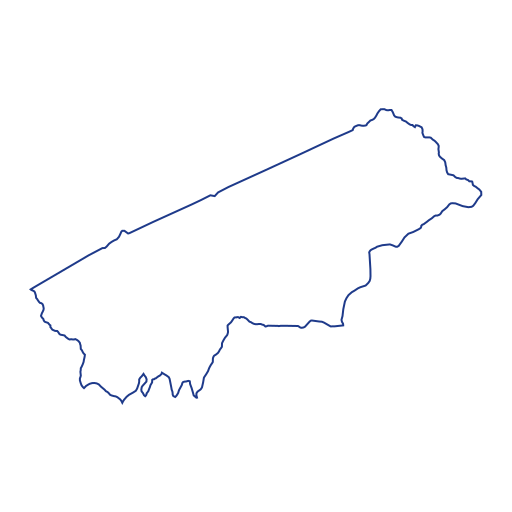 outline of Banissa, North-Eastern, Kenya
{"feature_id": "3690345B63925745903052", "entity_name": "Banissa", "entity_type": "district", "adm_level": 2, "iso_a3": "KEN", "parent_name": "Kenya", "parent_adm1": "North-Eastern", "projection": "robinson", "projection_center": [40.459, 3.998], "detail": "fine", "context": "isolated", "style": "outline", "palette": "blue", "viewbox_px": 512, "rotation_deg": 0, "n_neighbors": 0, "source": "geoboundaries", "source_scale": "gbopen_adm2", "svg_char_len": 6037}
<svg xmlns="http://www.w3.org/2000/svg" viewBox="0 0 512 512"><path d="M481.3,195.0L481.2,191.8L479.2,189.4L477.9,188.5L475.7,186.7L474.2,186.0L472.9,184.9L472.6,183.3L472.2,181.6L471.0,181.3L469.3,181.3L468.1,180.1L466.2,179.4L465.2,178.4L461.3,178.8L459.9,178.6L458.4,178.1L456.7,177.9L455.2,177.0L453.5,175.3L450.3,174.6L448.2,174.2L447.1,172.4L446.5,170.2L446.3,167.7L445.9,166.1L445.6,165.1L445.5,164.1L445.2,162.2L444.2,160.1L441.8,158.4L439.8,156.6L439.0,155.3L438.7,153.7L438.9,152.4L438.4,149.0L438.6,147.8L438.7,145.9L437.9,144.2L435.3,141.4L434.2,140.5L432.9,139.7L431.8,138.7L430.8,137.7L429.5,137.4L425.2,137.4L424.0,136.9L423.1,134.8L422.4,132.8L422.6,131.3L422.5,129.3L421.6,127.3L418.9,125.9L417.3,125.4L415.8,125.3L414.9,127.1L413.4,126.1L412.5,125.0L411.1,125.0L409.7,124.4L407.7,123.0L405.9,121.5L403.6,120.6L402.0,119.7L401.7,118.5L400.4,117.7L399.0,117.6L397.2,117.3L395.3,116.7L394.1,115.4L393.5,113.9L392.8,112.2L391.5,110.0L389.7,110.0L388.1,110.3L386.3,110.1L384.4,109.2L382.8,109.2L380.7,109.3L379.0,111.2L377.4,113.5L376.4,115.5L375.0,117.7L373.8,119.0L372.4,119.8L370.4,120.5L369.0,121.9L367.3,123.5L366.4,125.2L365.1,125.6L363.1,125.8L361.3,125.6L359.8,125.2L358.1,125.2L356.1,126.0L354.4,126.8L353.2,128.5L352.7,130.1L349.3,131.7L333.5,138.6L299.3,154.6L264.1,170.8L228.5,187.0L218.1,192.4L214.7,196.1L210.4,195.3L200.7,200.2L191.6,204.5L153.0,222.0L129.5,233.1L128.1,233.5L124.4,230.8L122.3,230.8L121.4,231.6L120.3,234.1L119.0,236.8L116.8,239.3L114.2,240.4L111.6,241.9L109.1,243.7L106.6,246.6L104.9,248.0L102.4,248.1L88.7,255.3L33.6,287.6L30.7,289.4L31.4,290.0L32.9,290.6L34.3,291.4L34.9,292.4L35.6,294.6L35.9,295.7L36.0,297.1L36.2,298.0L37.2,299.1L37.7,300.0L39.1,302.0L40.0,302.9L41.4,303.2L42.5,304.1L43.1,305.4L43.4,306.9L43.7,308.3L43.5,309.9L42.6,311.9L41.9,313.2L41.0,315.9L41.9,317.5L43.3,318.9L43.7,320.3L43.9,320.6L44.3,321.3L44.9,321.8L45.3,322.0L47.2,322.6L48.0,322.9L49.5,324.7L50.4,325.4L50.4,327.1L51.3,328.2L51.8,329.0L52.4,329.7L55.1,330.9L57.2,331.0L58.0,331.8L59.6,334.2L60.7,334.7L61.0,334.8L62.3,335.0L64.6,335.5L65.7,336.9L67.4,338.2L68.5,339.0L69.7,339.5L71.1,339.2L72.1,339.4L74.0,339.5L75.3,339.1L76.9,339.9L78.4,341.0L79.8,342.7L80.1,344.0L80.6,345.5L80.8,349.0L82.0,350.4L82.5,351.6L83.5,353.3L84.9,354.7L84.6,356.9L83.9,360.0L83.6,361.9L82.7,364.4L81.6,366.8L80.8,368.2L80.7,370.2L80.4,371.8L80.8,375.6L80.5,376.8L79.9,378.4L79.9,380.4L80.8,383.4L81.6,385.4L82.9,387.1L84.0,388.1L85.0,387.1L86.0,386.0L87.1,385.3L88.4,384.5L89.7,383.8L92.1,383.1L94.4,383.0L96.7,383.4L98.8,384.4L100.9,386.6L104.6,389.7L105.9,391.2L107.5,392.0L108.7,393.1L110.1,394.8L111.4,395.4L113.9,396.1L115.7,396.4L117.4,397.2L120.2,399.4L121.3,400.8L122.3,402.8L123.0,401.4L124.1,399.7L126.6,396.8L129.0,394.8L133.0,392.6L135.8,390.8L137.1,388.6L138.9,383.4L139.2,381.6L139.2,379.4L140.3,377.7L141.8,376.2L143.5,373.9L144.4,375.4L145.8,377.2L146.6,379.3L146.4,381.6L142.5,385.9L141.7,387.2L141.3,389.7L141.6,391.4L142.9,393.0L143.7,394.6L144.0,395.2L144.5,395.6L145.2,396.2L145.9,395.5L146.4,394.6L146.6,393.4L147.4,392.4L148.4,391.0L148.8,389.8L150.0,386.8L150.4,385.3L152.1,382.4L152.2,379.9L153.0,379.3L154.2,379.2L155.0,378.5L155.9,378.3L156.8,377.5L157.8,376.8L158.5,376.2L159.6,375.8L161.5,374.0L161.9,372.7L164.6,374.4L166.0,375.2L166.5,375.5L168.8,377.2L169.6,378.9L170.8,384.9L171.2,386.9L171.7,389.7L172.4,391.6L172.6,392.9L172.7,394.6L173.1,395.6L173.3,396.0L174.0,396.4L174.8,396.8L175.2,397.0L176.3,395.9L177.2,394.6L178.2,392.9L178.8,390.8L179.2,389.8L181.8,385.0L182.2,383.6L182.3,383.1L182.9,382.3L183.2,382.0L183.5,381.9L185.1,381.5L186.1,381.5L187.8,381.0L188.4,380.9L189.3,381.1L189.8,381.3L190.1,384.0L191.6,388.0L193.0,392.8L193.7,395.4L194.5,396.1L196.4,397.7L197.0,397.6L196.8,396.8L196.4,395.3L196.4,394.8L196.4,393.8L196.5,393.3L196.6,393.0L197.6,391.6L200.5,389.5L200.8,389.2L201.8,387.7L202.0,387.3L203.1,382.5L203.8,378.4L203.9,377.8L204.2,377.2L206.2,374.2L208.0,371.2L208.2,370.7L208.7,369.3L209.4,367.6L210.7,365.2L212.6,362.4L212.8,361.9L212.9,358.7L213.0,358.1L213.1,357.7L213.6,356.5L214.0,355.9L214.4,355.5L215.8,354.7L216.9,353.8L218.0,352.9L219.0,351.4L220.0,349.4L220.9,348.3L221.9,346.8L222.0,344.0L222.0,343.4L222.2,342.8L223.4,340.4L225.0,337.7L227.0,335.3L227.3,334.8L227.5,334.2L227.9,332.7L228.0,332.1L228.0,331.4L227.6,327.0L227.6,325.5L228.1,324.9L231.0,322.3L232.2,320.6L232.9,319.5L233.7,318.3L234.5,317.5L235.2,317.4L236.3,317.4L236.8,317.2L237.6,317.1L238.3,317.2L238.8,317.4L239.5,318.0L240.0,317.8L240.8,316.9L241.2,316.9L241.6,317.0L242.3,317.2L243.8,317.2L244.2,317.4L244.9,317.9L246.1,318.4L246.4,318.6L247.5,319.6L249.4,321.6L249.8,321.8L250.8,322.1L252.5,323.2L254.1,323.9L255.6,324.2L257.3,324.2L258.7,324.0L259.8,324.0L260.6,324.0L261.0,324.1L262.4,324.7L263.6,324.9L265.4,326.5L266.5,326.3L267.7,325.8L268.0,325.7L268.4,325.7L277.9,325.9L278.8,326.1L280.7,325.8L286.0,325.8L297.8,326.0L298.4,326.2L300.1,327.4L300.5,327.6L301.7,327.8L303.4,327.5L303.9,327.3L305.0,326.7L309.7,321.5L311.1,320.5L311.9,320.5L319.1,321.5L321.6,321.7L322.1,321.8L324.0,322.6L330.6,326.4L334.9,326.3L343.2,325.4L343.2,324.9L343.0,323.6L342.0,321.9L341.9,321.5L341.6,320.4L341.5,319.9L341.6,319.4L342.5,316.1L343.3,309.2L344.9,301.5L346.5,298.1L348.5,295.1L351.8,292.2L354.4,290.7L358.0,288.3L360.4,287.2L364.5,285.9L364.9,285.8L365.8,285.4L368.3,282.9L369.7,280.9L370.3,278.6L370.5,276.2L370.4,269.2L369.5,254.3L369.2,252.3L369.9,251.0L370.2,250.7L370.5,250.3L371.5,249.6L374.0,248.4L375.0,248.0L376.1,247.4L376.6,247.0L377.1,246.7L382.3,245.2L389.9,244.4L392.8,245.4L395.7,246.7L397.1,246.8L398.7,245.9L401.8,241.6L404.5,237.4L408.4,233.7L413.2,232.0L418.8,229.2L420.3,228.2L420.8,227.8L421.3,226.5L421.3,225.8L422.2,224.8L423.8,224.1L425.4,222.9L426.8,221.9L428.9,220.2L431.8,218.3L434.2,216.2L435.7,215.5L437.5,215.5L439.5,214.7L440.6,213.7L442.3,211.1L444.7,209.3L447.1,207.2L449.3,204.4L450.8,203.4L452.4,203.2L455.5,203.4L462.6,206.1L468.4,207.2L471.6,206.8L473.2,205.8L475.2,203.2L477.7,199.2L481.3,195.0Z" fill="none" stroke="#1e3a8a" stroke-width="2"/></svg>